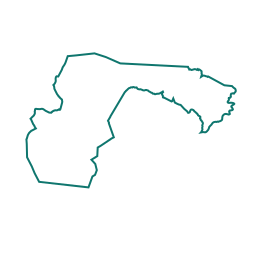 outline of Ayotzintepec, Oaxaca, Mexico, rotated 195°
{"feature_id": "50627088B35063367960799", "entity_name": "Ayotzintepec", "entity_type": "district", "adm_level": 2, "iso_a3": "MEX", "parent_name": "Mexico", "parent_adm1": "Oaxaca", "projection": "albers", "projection_center": [-96.196, 17.726], "detail": "fine", "context": "isolated", "style": "outline", "palette": "teal", "viewbox_px": 256, "rotation_deg": 195, "n_neighbors": 0, "source": "geoboundaries", "source_scale": "gbopen_adm2", "svg_char_len": 5730}
<svg xmlns="http://www.w3.org/2000/svg" viewBox="0 0 256 256"><g transform="rotate(195 128 128)"><path d="M197.2,184.6L204.8,181.8L205.3,175.0L205.7,172.9L206.8,169.7L207.0,167.1L208.7,159.7L210.4,159.4L210.8,158.4L210.7,157.0L210.4,156.0L210.0,154.9L209.9,153.9L210.1,152.8L210.3,151.9L210.7,151.1L211.2,150.2L210.4,149.5L210.2,149.0L209.9,148.6L209.8,148.3L209.3,146.9L208.9,146.4L208.6,146.1L208.2,145.6L208.0,145.4L207.5,144.8L207.4,144.7L207.2,144.5L207.1,144.4L206.5,143.7L206.3,143.5L206.0,143.2L205.8,142.9L205.5,142.6L205.2,142.3L203.8,141.2L203.7,141.1L203.5,140.9L203.4,140.9L203.3,140.7L203.2,140.7L202.8,140.4L202.4,140.2L202.2,140.0L202.0,139.9L201.9,139.8L201.7,139.8L201.6,139.7L201.4,139.5L200.7,139.1L199.2,138.4L198.3,136.4L198.3,136.0L198.2,135.6L198.2,135.3L198.2,135.0L198.2,134.5L198.2,134.2L198.2,133.9L198.2,133.4L198.2,133.1L198.2,132.9L198.2,129.7L198.2,129.1L198.2,128.9L199.1,128.4L198.8,127.9L199.5,127.7L200.0,127.6L200.6,127.2L200.8,126.9L201.2,126.7L201.7,126.5L202.2,126.4L202.5,126.4L203.0,126.2L203.3,126.0L203.6,125.9L203.8,125.7L204.0,125.5L204.3,125.4L204.5,125.1L204.8,124.9L205.0,124.7L205.3,124.4L205.5,124.1L205.7,123.8L205.6,123.7L205.9,123.3L206.1,122.9L208.1,122.5L212.1,123.3L213.6,123.9L213.9,124.0L214.3,124.1L214.6,124.2L214.9,124.3L215.2,124.3L215.5,124.3L216.0,124.3L216.3,124.2L216.5,124.1L218.0,123.4L220.2,122.9L221.9,122.7L222.2,122.4L222.6,122.0L222.5,121.6L222.5,121.4L222.4,121.1L222.4,120.7L222.3,120.3L222.4,120.0L222.3,119.8L222.3,119.6L222.2,119.3L221.8,118.4L221.8,117.6L221.8,117.4L222.2,115.7L223.6,113.4L224.5,111.7L224.0,111.4L220.6,107.2L219.1,106.0L218.6,105.2L216.9,103.7L217.7,103.0L218.2,102.5L219.6,101.2L220.1,100.7L220.6,100.4L222.0,98.1L222.3,97.5L222.9,95.2L223.0,91.2L223.2,90.8L221.7,86.5L217.9,73.6L211.0,66.0L206.5,60.2L199.9,53.0L150.8,60.4L149.8,72.0L147.7,74.2L147.2,79.2L150.3,84.8L155.1,87.9L150.4,92.9L152.2,101.3L150.0,103.5L141.0,113.8L139.3,115.3L141.0,117.8L147.7,127.6L147.8,128.3L149.2,129.8L148.0,134.2L148.0,134.7L140.4,161.7L140.3,161.8L140.2,162.1L139.9,162.5L139.7,162.9L139.6,163.4L139.3,163.7L139.0,164.1L138.8,164.5L138.5,164.9L138.3,165.4L138.0,165.8L137.7,166.2L137.5,166.6L137.1,166.9L136.6,167.2L136.2,167.5L135.9,167.9L135.5,168.1L135.0,168.2L134.5,168.3L134.2,168.3L133.7,168.9L132.8,169.0L131.9,168.8L131.0,169.1L130.2,169.4L129.3,168.6L128.8,168.3L128.0,168.2L126.8,168.3L126.3,168.5L125.9,168.7L125.2,168.6L124.5,168.5L124.0,168.5L123.4,168.3L122.4,168.4L121.8,168.6L121.2,169.0L120.8,169.3L119.9,169.5L119.3,169.4L118.3,169.4L118.0,169.2L117.5,168.9L116.7,168.7L116.1,168.6L115.6,168.4L115.0,168.2L113.9,168.2L113.5,167.9L112.9,167.6L112.3,167.7L111.7,167.9L111.1,167.7L110.6,167.6L109.9,168.0L109.4,168.3L108.6,168.7L107.9,168.8L107.5,169.0L107.0,169.2L106.3,169.6L105.9,170.1L105.2,170.8L104.7,171.2L104.2,171.7L103.8,172.2L103.4,171.7L103.8,171.1L104.0,170.6L104.0,170.1L103.9,169.5L103.7,169.1L103.2,168.6L102.8,168.4L102.6,167.8L102.3,167.1L102.2,166.7L101.8,166.5L101.2,166.7L92.8,164.9L92.3,165.3L91.9,168.2L90.2,165.9L89.7,165.2L89.4,164.8L88.9,164.5L88.3,164.5L87.8,164.3L87.3,164.3L86.9,164.1L84.5,163.8L84.0,163.9L83.5,163.9L83.1,163.9L78.6,161.0L77.5,160.5L75.2,159.4L74.4,158.7L73.8,158.2L73.0,158.6L72.5,159.2L72.4,160.1L72.3,161.1L72.1,161.7L71.7,162.2L71.0,162.4L70.3,162.4L69.8,162.3L69.4,162.2L68.6,161.7L68.3,161.3L66.9,160.8L66.0,160.2L65.5,160.1L65.2,159.7L64.7,159.6L64.0,159.0L63.7,158.5L63.3,158.3L62.9,158.1L62.1,158.0L61.7,157.9L61.1,157.6L60.9,157.3L61.0,156.6L60.9,155.8L60.1,155.3L59.9,154.7L59.5,154.3L58.8,154.1L58.3,153.5L57.9,153.1L57.3,152.7L56.9,152.0L56.8,151.4L56.9,150.6L57.0,149.8L56.6,149.2L56.4,148.7L56.4,148.1L56.4,147.3L56.0,146.5L55.8,146.2L55.7,145.7L55.8,145.1L55.9,144.6L56.0,144.0L56.0,143.5L56.2,143.0L56.4,142.6L54.5,143.5L52.8,143.7L52.1,143.9L51.7,144.2L51.2,144.8L50.8,145.4L50.5,146.2L50.2,146.7L50.0,147.2L49.9,148.0L49.8,148.6L49.8,149.1L49.8,150.0L49.5,150.6L49.1,151.4L48.7,152.1L48.2,152.9L48.1,153.3L47.9,153.9L47.6,154.6L47.5,154.9L46.9,155.6L46.4,156.0L45.8,156.3L44.9,156.7L43.9,156.8L43.1,157.4L42.3,157.4L41.9,157.8L40.9,158.4L40.3,158.8L40.0,159.3L39.5,159.8L39.3,160.5L39.4,161.3L39.5,162.0L39.7,162.8L39.7,163.7L39.6,164.5L39.3,165.0L38.9,165.7L38.5,166.2L38.1,166.5L37.3,166.9L36.8,167.0L36.1,167.0L35.6,167.0L35.0,167.1L34.5,167.0L33.9,167.2L33.6,167.5L33.3,167.9L33.6,168.6L33.9,169.0L34.2,169.5L34.5,169.9L34.5,170.7L34.1,171.3L33.6,171.4L33.0,171.7L32.3,172.1L31.9,172.3L31.5,173.0L31.7,173.5L32.2,173.9L32.6,174.5L33.2,174.9L33.7,175.3L33.8,175.8L33.4,176.5L33.1,177.0L32.8,177.2L32.3,177.8L31.8,178.3L31.6,178.8L32.1,179.2L32.6,179.3L33.6,179.3L34.2,179.2L35.1,179.1L36.0,178.7L36.6,178.5L37.3,178.3L37.8,178.3L38.5,178.9L38.4,179.5L38.3,180.0L38.1,180.4L37.9,180.8L37.9,181.3L37.9,181.8L38.1,182.3L38.4,182.7L38.4,183.1L37.6,183.4L37.2,183.7L37.1,184.3L36.7,184.8L37.0,185.3L37.2,186.0L37.3,186.8L37.2,187.8L35.6,188.7L35.1,188.6L34.6,188.6L34.3,189.4L34.0,190.0L33.8,190.3L33.5,191.0L33.5,191.7L33.8,192.5L34.5,193.5L35.3,193.9L36.0,194.1L36.9,194.5L38.4,195.4L46.0,194.2L63.8,198.5L64.3,198.0L65.0,198.3L65.5,198.2L65.9,198.2L66.4,198.2L67.2,198.3L67.8,198.3L69.0,198.1L69.9,197.2L70.6,196.4L70.6,197.1L70.5,197.4L70.5,197.9L70.5,198.5L70.6,199.0L70.8,199.5L71.1,199.8L71.2,200.3L71.3,200.8L71.4,201.3L71.8,202.0L72.5,202.3L73.1,202.5L73.6,202.8L74.7,203.0L75.1,202.6L75.2,202.1L75.8,202.2L76.1,202.7L76.4,202.3L76.6,202.0L77.3,202.2L77.7,202.2L78.1,202.2L78.6,202.1L79.2,202.0L79.7,201.6L80.1,201.4L80.9,200.9L81.6,200.5L82.0,200.5L82.5,200.6L83.0,200.8L83.4,200.7L83.9,200.3L84.3,200.8L84.8,201.5L85.2,201.7L85.7,202.1L85.9,202.6L152.2,188.4L167.9,190.8L179.7,191.4L197.2,184.6Z" fill="none" stroke="#0f766e" stroke-width="2"/></g></svg>